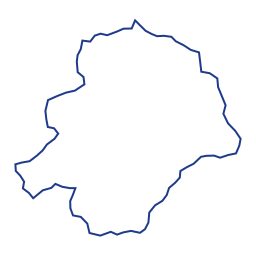 the district of Itapevi, São Paulo, Brazil
{"feature_id": "56859067B43997995571258", "entity_name": "Itapevi", "entity_type": "district", "adm_level": 2, "iso_a3": "BRA", "parent_name": "Brazil", "parent_adm1": "São Paulo", "projection": "albers", "projection_center": [-46.972, -23.55], "detail": "fine", "context": "isolated", "style": "outline", "palette": "blue", "viewbox_px": 256, "rotation_deg": 0, "n_neighbors": 0, "source": "geoboundaries", "source_scale": "gbopen_adm2", "svg_char_len": 1212}
<svg xmlns="http://www.w3.org/2000/svg" viewBox="0 0 256 256"><path d="M135.1,20.4L131.7,28.5L123.5,28.7L117.1,31.5L107.2,35.2L100.6,33.7L94.8,35.6L90.2,41.6L82.4,40.6L80.8,49.1L77.6,55.2L76.8,61.6L77.7,72.2L83.5,77.0L84.4,84.3L75.0,90.6L66.1,92.6L57.3,96.0L48.0,100.1L45.4,110.9L46.3,119.1L47.8,127.0L54.1,128.3L58.2,133.6L54.5,138.8L46.9,144.5L42.6,150.5L36.7,155.8L29.6,161.2L22.0,162.5L15.4,164.3L15.8,171.0L20.2,175.6L24.1,181.7L22.9,188.4L28.9,192.9L33.2,198.2L42.8,190.3L51.3,187.9L55.4,183.9L62.3,186.8L69.6,188.1L75.4,188.1L72.8,195.1L70.2,201.1L70.4,208.3L73.0,215.4L80.8,216.9L87.3,223.6L89.5,233.0L100.3,235.6L110.8,231.8L117.1,234.6L123.2,232.4L131.0,230.9L140.0,232.8L145.0,229.2L148.4,222.6L149.3,212.5L155.1,205.3L162.4,200.8L166.7,195.1L169.1,187.9L175.1,182.8L179.8,177.6L180.4,171.0L186.8,167.2L193.7,163.7L201.0,156.8L206.5,155.8L214.1,155.6L220.1,157.7L228.2,155.0L236.0,153.4L239.3,145.7L240.6,138.8L235.2,130.8L228.0,123.3L223.4,113.8L225.6,105.3L221.3,94.8L218.1,87.1L217.3,78.4L209.7,73.2L201.3,71.7L200.2,62.1L199.0,52.4L190.8,49.9L183.4,45.1L175.8,41.3L171.4,36.8L163.9,35.8L157.1,36.2L151.7,34.0L145.6,30.8L139.8,25.1L135.1,20.4Z" fill="none" stroke="#1e3a8a" stroke-width="2"/></svg>